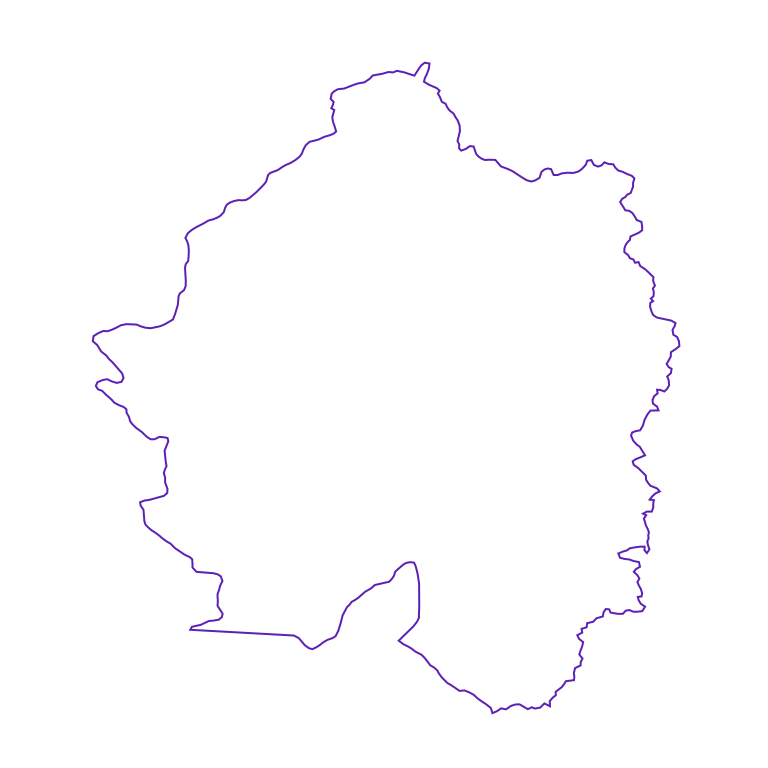 outline of Mumias East, Western, Kenya, rotated 273°
{"feature_id": "3690345B49414507598309", "entity_name": "Mumias East", "entity_type": "district", "adm_level": 2, "iso_a3": "KEN", "parent_name": "Kenya", "parent_adm1": "Western", "projection": "robinson", "projection_center": [34.565, 0.336], "detail": "fine", "context": "isolated", "style": "outline", "palette": "violet", "viewbox_px": 768, "rotation_deg": 273, "n_neighbors": 0, "source": "geoboundaries", "source_scale": "gbopen_adm2", "svg_char_len": 6125}
<svg xmlns="http://www.w3.org/2000/svg" viewBox="0 0 768 768"><g transform="rotate(273 384 384)"><path d="M551.1,633.8L555.4,633.5L559.3,632.6L561.0,627.8L564.9,625.3L568.1,622.7L569.8,619.6L570.1,615.9L578.1,610.3L581.3,612.1L583.4,615.2L585.9,617.1L587.6,620.3L594.1,622.4L597.9,622.2L602.4,623.3L604.9,620.5L606.3,616.1L608.4,611.2L609.4,606.9L612.1,603.7L615.4,601.5L615.5,596.6L616.9,592.5L613.8,589.9L612.3,586.5L613.8,582.1L618.5,579.3L617.6,575.3L613.7,574.1L611.2,572.2L608.7,570.0L606.2,566.7L604.7,562.1L604.6,556.2L603.6,550.5L601.8,546.5L601.6,542.5L607.3,539.6L607.8,536.3L606.7,533.1L604.1,530.2L598.0,528.5L595.3,524.5L593.9,520.5L595.0,515.7L597.7,510.7L603.3,501.1L605.1,496.7L607.4,489.4L613.6,483.5L613.5,477.9L613.0,473.0L614.2,469.5L616.2,466.3L618.8,463.9L625.8,461.1L626.1,457.4L623.1,453.5L621.1,449.0L623.3,446.6L627.1,446.6L630.6,444.7L640.6,446.6L646.0,446.0L650.9,443.9L654.1,441.5L657.6,439.4L660.5,435.3L663.4,432.8L667.0,430.9L668.8,427.0L673.5,424.8L676.9,422.6L679.8,424.2L682.2,421.2L685.3,413.0L688.0,408.1L691.6,408.8L695.5,410.5L700.8,412.2L706.4,412.7L707.0,407.8L704.2,404.6L701.2,402.6L693.5,398.2L696.4,387.4L697.4,380.4L695.6,376.7L695.8,372.1L693.8,366.4L691.5,356.6L688.0,353.7L684.2,348.6L682.9,342.7L681.2,338.2L676.9,328.6L676.0,322.6L673.6,318.8L671.3,316.6L665.9,315.8L663.1,318.9L659.8,318.3L656.7,316.9L655.0,320.0L647.8,318.4L643.7,319.2L637.4,321.7L633.6,323.0L631.2,320.3L629.4,316.5L628.3,313.0L626.9,309.8L624.7,305.9L621.9,296.9L618.4,293.4L613.9,291.2L609.7,289.9L606.5,287.7L603.0,283.8L599.6,278.7L597.7,274.7L595.2,270.8L592.1,266.8L588.9,259.5L586.6,257.3L580.0,255.7L576.9,253.6L569.0,246.6L562.7,239.9L560.5,236.4L560.0,232.7L560.0,228.9L558.8,224.5L557.1,220.6L554.9,217.7L551.6,216.1L547.4,215.1L543.3,211.7L541.0,208.0L539.5,204.6L538.0,200.0L535.0,195.6L530.6,188.0L527.9,184.1L524.3,180.2L519.5,178.0L515.7,180.2L511.7,181.5L507.3,182.1L502.1,182.2L496.6,182.0L493.3,179.7L489.8,179.2L476.3,180.7L471.4,180.8L467.3,179.4L463.8,175.4L461.0,174.3L452.4,174.0L442.9,171.7L437.4,169.9L432.6,162.7L431.0,159.7L429.7,156.5L427.5,148.2L427.7,143.0L428.9,137.8L430.4,133.9L430.3,123.8L429.0,118.4L425.9,113.2L423.7,108.9L422.2,105.0L422.3,100.9L419.8,96.0L416.6,91.4L411.4,91.0L408.0,95.5L401.7,99.8L397.6,105.6L394.7,107.9L391.7,111.5L380.8,122.0L376.3,123.6L372.4,121.7L371.1,117.0L372.4,111.9L374.3,107.4L373.4,103.3L370.8,97.8L367.0,96.3L363.7,98.7L362.5,102.8L358.9,106.8L354.2,112.7L351.1,115.8L348.9,120.7L347.4,125.3L345.2,128.1L341.9,128.4L337.7,131.1L333.6,132.4L330.7,134.8L327.4,138.5L323.2,144.9L320.6,147.8L318.6,150.3L316.6,153.9L316.8,157.8L319.4,162.4L319.3,167.0L318.7,170.7L315.5,171.6L305.9,168.4L295.7,170.0L290.6,171.1L286.9,169.6L283.3,168.8L279.2,170.3L274.2,170.6L267.8,173.3L263.7,173.2L260.8,170.1L255.9,155.4L255.1,151.0L253.2,146.6L249.5,147.5L245.8,150.4L234.3,151.9L231.1,153.2L228.4,156.1L225.7,159.6L223.4,163.7L220.9,167.4L218.0,171.1L215.0,175.9L213.6,178.9L209.1,183.9L203.2,193.7L201.0,199.0L199.0,201.6L195.4,202.1L190.7,202.4L186.6,206.6L186.1,223.6L185.2,228.0L183.3,231.1L178.7,233.0L174.5,231.1L169.2,229.9L165.6,228.8L162.7,228.9L159.3,229.4L153.8,229.4L146.1,234.9L142.8,234.3L140.0,231.4L138.8,226.0L138.1,221.4L133.9,213.6L131.5,204.9L128.4,203.4L128.1,307.2L125.8,312.2L119.0,318.6L116.2,322.9L115.5,326.4L117.6,330.3L120.6,334.4L122.8,336.7L125.6,341.1L127.5,345.8L129.6,348.8L135.2,351.3L142.7,353.2L150.8,354.8L159.2,358.7L161.9,361.2L164.7,363.0L166.6,366.1L169.1,369.4L175.6,376.1L179.1,381.6L182.8,385.4L186.8,399.5L189.7,402.0L192.8,403.9L197.4,405.2L204.4,412.4L206.4,415.3L207.5,419.7L207.1,423.4L204.1,425.0L200.5,426.2L196.1,427.5L186.5,429.5L162.3,430.9L155.9,430.9L152.5,431.2L148.4,429.5L143.6,426.1L128.4,412.1L125.1,417.1L123.0,422.0L121.3,425.2L118.4,429.4L115.6,435.6L112.1,439.4L105.5,445.0L103.4,449.0L100.7,452.3L97.9,453.9L94.1,457.0L88.8,462.8L87.1,466.3L81.5,475.5L82.2,480.5L80.3,485.8L78.3,489.9L75.1,493.7L72.2,498.1L69.5,502.8L66.0,507.7L61.0,509.5L63.1,513.9L66.2,517.9L65.5,522.8L69.2,527.7L70.8,531.9L71.2,536.1L66.8,544.7L68.9,548.5L67.8,551.5L69.0,556.9L73.4,560.9L70.9,566.6L76.0,566.1L79.6,568.9L82.2,571.9L85.6,571.5L90.7,577.5L93.6,579.5L96.7,581.1L98.2,589.2L101.6,589.4L105.2,588.7L110.3,589.7L113.2,595.0L116.6,595.0L120.3,596.6L124.0,593.2L127.7,594.1L131.9,595.5L136.7,596.4L139.6,592.2L143.3,590.2L146.1,595.0L149.8,594.1L151.7,599.1L155.8,599.4L157.5,605.3L161.2,608.5L163.3,614.7L167.5,615.2L170.9,617.3L170.7,620.7L167.6,622.2L166.7,629.8L167.0,634.6L170.3,637.2L171.1,640.9L169.6,645.0L169.8,648.8L170.7,653.8L175.3,656.4L178.0,651.9L181.5,649.6L184.7,648.6L185.3,652.2L188.4,652.8L193.0,651.1L196.2,649.0L199.5,647.4L203.0,649.2L206.2,647.2L209.5,643.3L212.4,645.4L214.9,649.2L219.5,647.9L220.3,642.4L221.6,638.3L221.9,633.5L222.8,628.8L227.0,626.9L229.0,631.0L230.6,635.4L232.7,637.9L233.8,642.1L234.9,647.8L235.2,652.8L231.6,652.8L228.9,655.4L232.7,657.7L237.1,656.0L240.4,655.2L243.7,656.3L246.6,655.8L249.8,656.3L252.7,655.1L256.2,653.1L263.2,650.6L266.7,652.7L268.1,649.5L270.3,653.1L270.6,658.1L274.9,659.4L278.4,659.1L282.1,659.6L282.5,655.4L286.1,658.0L289.1,661.0L291.1,665.0L294.0,662.2L296.4,655.3L299.5,652.5L302.2,650.7L306.2,650.3L313.2,642.5L316.3,637.6L319.8,636.4L321.9,639.0L326.4,648.4L334.7,642.7L336.8,639.5L340.4,635.9L345.4,633.4L348.5,634.3L350.0,637.6L351.2,642.2L356.2,644.8L361.6,646.0L367.5,648.7L371.4,651.5L372.0,659.5L375.7,657.9L378.5,653.6L382.2,653.0L386.0,654.4L388.9,657.7L392.6,657.0L392.5,660.4L391.2,664.3L393.8,666.9L397.6,668.8L402.7,668.1L406.3,666.4L409.9,669.9L414.2,670.4L415.8,667.4L418.8,665.2L426.2,668.9L430.8,668.9L434.3,673.6L437.3,677.0L442.2,676.3L446.4,674.2L448.3,670.4L453.1,669.3L457.2,671.3L460.2,671.9L462.4,667.4L464.6,653.2L466.9,649.2L470.8,647.2L475.3,645.6L479.0,645.7L480.9,648.4L483.3,646.0L485.7,648.5L489.7,648.7L493.4,647.5L496.3,649.4L501.3,647.3L504.8,647.5L512.1,639.1L515.2,633.7L519.1,631.8L518.2,628.4L521.5,626.4L522.4,623.1L525.4,621.1L528.3,617.1L532.0,617.0L535.4,618.0L538.4,619.8L540.7,622.0L544.2,622.4L548.5,630.7L551.1,633.8Z" fill="none" stroke="#5b21b6" stroke-width="2"/></g></svg>